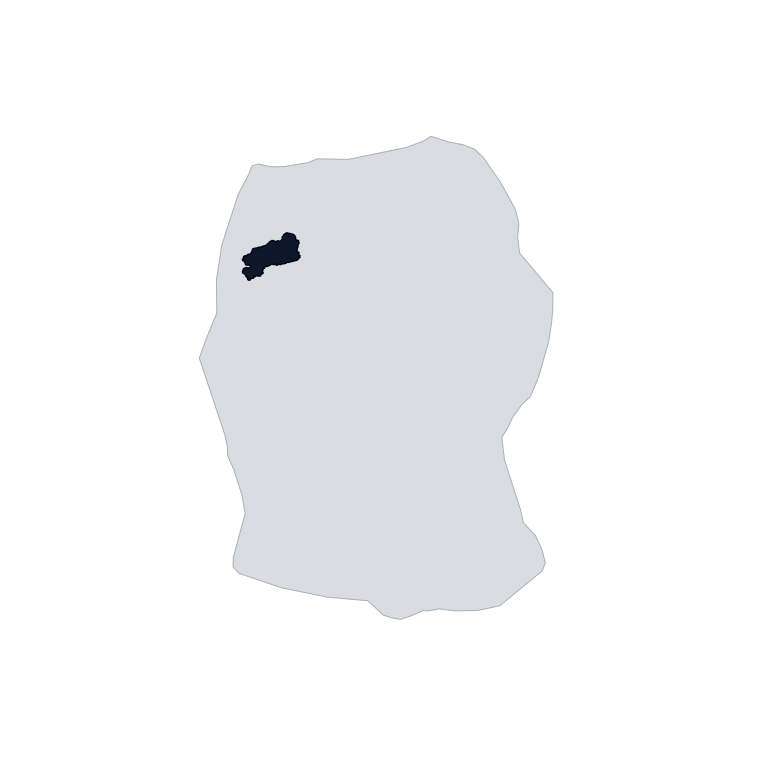 location of Menkhoaneng, Leribe, Lesotho, rotated 310°
{"feature_id": "5366337B76816657583233", "entity_name": "Menkhoaneng", "entity_type": "district", "adm_level": 2, "iso_a3": "LSO", "parent_name": "Lesotho", "parent_adm1": "Leribe", "projection": "mercator", "projection_center": [28.291, -28.899], "detail": "fine", "context": "in_parent", "style": "filled", "palette": "ink", "viewbox_px": 768, "rotation_deg": 310, "n_neighbors": 0, "source": "geoboundaries", "source_scale": "gbopen_adm2", "svg_char_len": 6365}
<svg xmlns="http://www.w3.org/2000/svg" viewBox="0 0 768 768"><g transform="rotate(310 384 384)"><path d="M489.0,497.8L470.7,503.6L468.1,504.1L456.4,502.8L440.7,504.1L428.4,507.3L418.8,508.5L403.2,525.2L374.8,570.4L367.3,579.8L365.2,597.6L358.6,611.7L350.5,622.7L342.7,625.3L319.0,620.9L288.7,615.3L271.1,601.7L255.4,583.7L247.1,570.7L238.5,563.6L235.5,559.5L223.2,553.5L218.5,550.4L214.4,548.2L209.5,539.5L206.5,532.0L207.7,511.1L199.0,498.7L184.2,477.4L174.7,460.0L161.9,436.3L154.0,416.0L145.9,395.0L146.9,385.9L154.7,379.8L177.6,369.2L195.3,361.1L208.0,346.1L221.9,323.8L228.6,310.4L235.3,304.3L242.7,294.9L255.5,274.0L269.8,250.8L285.1,225.9L304.4,218.7L330.8,210.4L356.1,188.7L386.3,170.4L435.0,150.6L457.7,145.6L466.4,142.7L471.8,146.4L477.6,157.8L485.9,167.3L505.1,183.8L513.3,187.8L533.1,212.3L554.4,229.1L578.8,248.5L595.5,258.1L603.9,260.8L611.0,278.0L618.1,290.8L622.1,302.7L621.3,314.4L613.6,343.0L602.3,372.2L593.3,384.4L582.3,392.1L571.5,403.6L567.4,427.1L562.5,454.8L548.5,466.2L537.5,473.7L522.4,482.9L489.0,497.8Z" fill="#d9dde1" stroke="#a8b0b8" stroke-width="1"/><path d="M424.0,238.0L424.3,237.9L425.0,238.0L425.4,237.9L426.3,238.1L426.8,238.2L427.2,237.7L427.7,237.4L428.1,237.4L428.3,237.2L428.2,236.6L428.0,236.0L428.0,235.6L428.3,235.6L428.5,235.3L429.1,235.1L430.1,234.2L429.7,233.0L429.8,232.2L430.1,231.7L430.3,231.4L431.2,231.1L431.7,230.6L432.3,230.3L432.5,230.1L432.8,229.9L433.1,229.9L433.2,230.0L433.9,229.9L434.2,229.7L434.3,229.5L434.6,229.0L434.9,228.9L435.7,228.6L436.4,228.5L437.5,228.4L437.7,227.9L438.1,227.2L438.3,226.8L438.9,226.3L438.5,225.7L438.2,224.8L437.9,223.9L437.9,223.7L438.0,223.2L438.6,222.8L439.5,222.0L439.8,221.1L440.3,220.2L440.3,218.9L439.9,217.3L439.6,216.9L439.3,216.6L439.0,216.1L439.0,215.7L438.8,215.1L438.6,214.6L437.9,213.8L437.7,213.5L437.6,212.7L437.4,212.5L436.9,212.2L436.3,211.8L435.4,211.7L434.8,211.5L434.5,211.4L434.0,211.2L433.8,211.3L432.9,211.5L432.0,211.7L431.6,211.7L431.1,211.5L430.8,211.7L430.7,211.8L430.0,212.5L429.8,212.9L429.7,213.0L428.1,212.9L427.8,213.0L427.7,213.2L427.4,213.3L426.6,212.8L426.5,212.6L425.9,211.3L425.4,210.7L425.1,210.6L424.8,210.1L424.0,209.9L423.4,209.5L423.1,208.5L422.9,207.7L422.7,207.0L422.2,206.5L421.5,205.6L420.2,205.5L419.0,204.9L417.5,205.1L415.7,204.6L415.1,204.7L414.4,204.6L414.0,204.2L413.3,203.8L412.4,203.1L411.7,202.6L411.1,202.5L410.9,202.4L410.8,202.2L410.5,202.0L409.9,201.8L409.4,201.2L409.2,201.0L408.4,200.6L408.2,200.3L408.1,200.1L407.8,199.9L407.2,199.5L406.9,199.5L406.6,199.3L406.4,199.0L406.2,198.9L405.8,198.9L405.6,198.8L405.1,197.8L404.5,197.5L404.3,197.4L404.0,197.3L403.9,197.1L403.7,196.9L403.2,196.7L402.7,196.6L402.6,196.9L402.1,197.2L401.2,197.4L401.0,197.5L400.9,197.6L400.9,197.8L400.4,197.7L399.9,197.7L399.7,197.9L398.9,197.9L398.7,198.0L397.5,197.8L397.3,197.9L396.8,197.9L396.2,196.9L396.0,196.6L395.7,196.5L394.6,196.3L393.7,196.1L393.3,195.8L393.3,195.6L393.0,195.3L392.8,195.3L392.3,194.8L391.8,194.7L391.4,194.6L391.1,194.7L390.9,194.8L390.9,195.0L390.8,195.3L390.7,195.4L390.1,195.1L389.9,195.2L389.8,195.4L389.7,195.9L389.5,196.2L389.4,196.3L389.3,196.1L389.1,196.1L388.4,196.2L388.3,195.7L388.1,195.9L388.0,196.3L387.8,196.7L387.8,196.9L388.0,197.3L388.1,197.5L388.0,198.1L388.2,198.3L388.2,198.6L388.0,198.9L387.6,199.3L387.6,199.5L387.3,199.8L387.2,200.2L386.9,200.5L386.7,200.9L386.7,201.1L386.5,201.4L386.5,201.6L386.8,202.0L386.9,202.4L387.1,202.6L387.5,202.7L387.6,203.1L387.9,203.7L388.1,203.7L388.4,203.8L388.5,204.1L388.7,204.6L388.6,204.8L388.9,204.9L388.9,205.0L388.7,205.5L388.8,205.8L388.7,206.1L388.2,206.2L387.7,206.2L387.6,206.3L387.4,206.8L387.1,206.8L386.8,206.6L386.6,206.6L386.5,206.8L386.1,206.6L385.8,205.6L385.6,205.5L385.6,205.0L385.1,204.7L385.0,204.3L385.0,204.2L384.7,203.8L384.6,203.5L383.6,203.1L383.4,202.9L383.2,202.9L383.1,202.7L382.8,202.7L382.3,202.4L381.9,202.4L381.8,202.5L381.5,202.5L381.4,202.6L380.9,202.9L380.5,202.8L380.3,203.0L379.9,203.0L379.5,203.1L379.4,203.4L379.0,203.5L378.6,204.0L378.2,205.0L378.3,205.3L378.8,205.4L379.0,205.5L378.9,206.1L378.9,206.3L378.8,206.5L378.7,206.8L378.5,207.4L378.4,207.6L378.4,208.2L378.1,208.8L377.9,208.8L377.8,209.0L377.9,209.4L377.7,209.6L377.8,209.8L377.7,210.1L377.8,210.7L377.6,211.0L377.2,211.5L377.4,211.5L377.1,212.0L376.9,212.3L376.6,212.7L376.5,212.9L376.6,213.6L376.9,214.0L377.0,214.0L377.4,214.4L377.8,214.6L378.1,214.6L378.6,214.2L378.8,214.1L379.1,214.3L379.4,214.4L379.6,214.5L379.8,214.4L379.9,214.7L380.2,214.7L380.5,214.9L380.6,215.2L380.6,215.3L380.7,215.7L381.0,215.8L381.3,215.8L381.4,215.6L381.5,215.6L381.7,215.4L381.9,215.4L382.1,215.4L382.2,215.5L382.2,215.4L382.3,215.4L382.5,215.4L382.7,215.2L382.7,215.3L382.8,215.3L382.9,215.5L383.0,215.6L383.0,215.8L383.1,216.0L383.4,216.0L383.7,216.2L383.8,216.1L384.0,216.2L384.3,216.1L384.7,216.5L384.8,216.7L385.0,216.8L385.1,216.7L385.2,216.8L385.3,216.9L385.4,217.0L385.5,217.1L385.5,217.4L385.6,217.6L385.6,217.8L385.6,218.0L385.8,218.1L386.0,218.2L386.0,218.4L386.1,218.5L386.2,218.4L386.2,218.2L386.3,218.3L386.4,218.1L386.5,218.4L386.8,218.6L386.9,218.8L387.0,219.0L386.9,219.2L387.0,219.4L386.9,219.5L387.1,219.7L387.5,219.6L387.8,219.8L387.9,219.7L388.1,219.6L388.3,219.4L388.6,219.4L388.9,219.4L389.1,219.5L389.4,219.5L389.6,219.6L389.8,219.7L389.9,219.8L390.0,219.9L390.3,219.8L390.5,219.6L390.7,219.9L391.0,219.9L391.1,220.0L391.4,220.1L391.5,219.8L391.5,219.6L391.5,219.2L391.8,219.1L392.0,218.7L392.6,218.5L392.7,218.3L393.0,218.2L393.2,217.9L393.7,217.5L395.1,217.7L395.7,217.9L396.1,217.9L396.4,217.6L397.1,217.5L397.6,217.8L397.8,217.9L398.5,218.3L399.0,218.9L399.7,219.1L400.1,219.6L400.7,219.5L401.0,219.6L401.3,220.0L401.5,220.2L402.1,220.5L402.6,220.5L402.9,220.5L403.9,221.0L404.2,222.0L404.5,222.6L404.9,223.1L405.7,223.7L406.1,224.4L405.9,225.1L406.4,225.8L406.6,225.8L407.1,225.9L407.8,226.3L408.5,226.6L408.6,227.5L408.8,227.9L409.1,228.1L409.6,228.1L410.1,228.4L410.4,228.5L410.6,228.6L410.7,228.8L410.8,229.1L411.0,229.3L411.3,229.4L411.5,229.7L411.7,229.9L412.2,230.1L412.4,230.5L412.6,230.5L413.1,231.0L413.4,231.2L414.3,231.3L414.8,231.6L415.2,231.6L415.7,232.2L415.7,232.5L415.8,232.7L416.1,233.0L416.8,233.2L416.9,233.3L417.3,233.7L417.7,234.1L418.1,234.2L418.3,234.5L419.1,234.7L419.5,235.1L419.7,235.5L420.2,235.8L420.7,236.1L422.5,237.5L423.1,237.8L424.0,238.0Z" fill="#0f172a" stroke="#020617" stroke-width="1.5"/></g></svg>